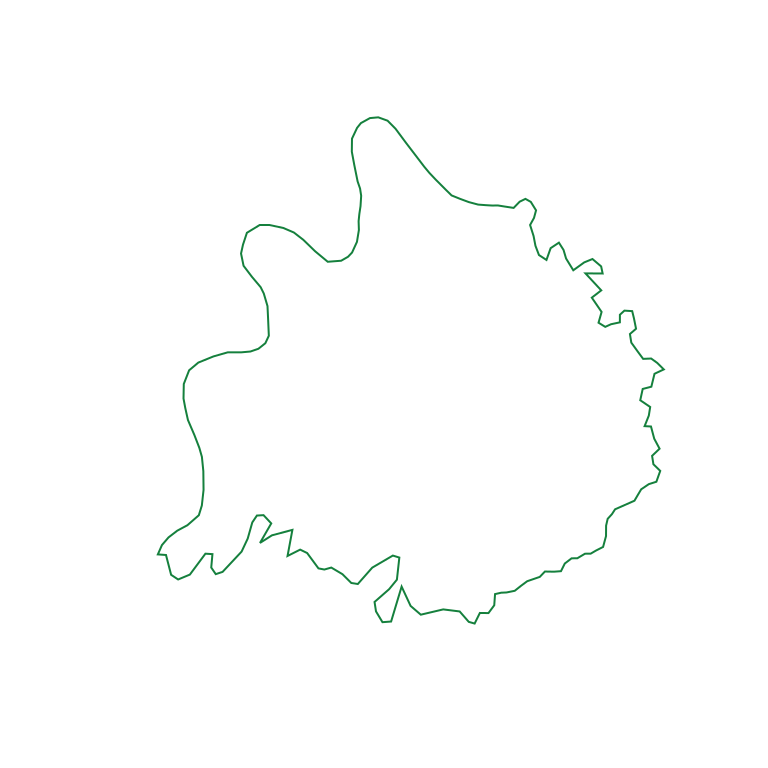 outline of Derrubadas, Rio Grande do Sul, Brazil, rotated 341°
{"feature_id": "56859067B9967974442205", "entity_name": "Derrubadas", "entity_type": "district", "adm_level": 2, "iso_a3": "BRA", "parent_name": "Brazil", "parent_adm1": "Rio Grande do Sul", "projection": "equal_earth", "projection_center": [-53.889, -27.229], "detail": "fine", "context": "isolated", "style": "outline", "palette": "green", "viewbox_px": 768, "rotation_deg": 341, "n_neighbors": 0, "source": "geoboundaries", "source_scale": "gbopen_adm2", "svg_char_len": 2590}
<svg xmlns="http://www.w3.org/2000/svg" viewBox="0 0 768 768"><g transform="rotate(341 384 384)"><path d="M516.2,233.7L509.3,227.7L505.8,220.7L499.4,207.5L495.6,199.1L492.8,191.7L483.3,163.1L478.0,146.4L473.1,136.2L465.4,130.0L457.3,128.0L447.1,129.8L442.0,133.0L433.6,141.6L429.2,153.9L427.2,167.3L425.0,183.9L425.0,191.4L423.7,198.6L419.7,208.2L416.0,215.3L413.0,221.8L410.4,230.2L404.7,240.8L396.6,249.3L391.4,252.0L383.6,253.5L370.6,250.1L362.1,236.1L354.7,221.5L348.1,211.4L339.6,203.7L327.5,196.4L318.2,193.2L303.6,196.4L296.0,206.4L291.3,214.1L289.7,226.5L294.0,239.6L298.9,252.3L299.8,259.3L299.2,272.4L295.7,284.4L290.8,300.9L285.1,306.8L276.7,309.8L268.3,309.8L259.4,307.6L246.7,303.2L231.7,302.4L215.4,303.3L204.2,307.6L194.7,318.8L189.7,332.5L188.3,341.9L186.9,354.2L188.1,370.5L188.6,384.3L188.1,393.6L184.8,407.6L178.9,425.4L172.2,439.6L166.2,447.8L152.2,453.5L140.7,455.4L130.3,458.9L121.6,464.0L114.7,471.5L122.2,474.7L120.6,495.1L125.7,501.8L138.4,501.0L159.9,486.3L166.4,489.0L160.9,501.3L163.0,509.0L170.2,509.1L194.8,496.1L204.8,485.8L214.4,472.0L221.0,467.0L227.4,468.8L232.0,479.1L215.0,493.9L228.8,490.6L249.9,492.1L236.8,515.2L250.8,513.3L256.3,518.8L262.0,537.0L267.2,540.0L274.4,540.4L282.8,550.3L288.3,561.5L294.1,564.6L313.1,553.8L336.5,549.1L342.0,553.1L332.5,573.2L322.0,579.7L304.1,587.0L302.4,596.4L305.0,608.7L313.4,610.9L334.7,581.3L336.9,602.5L343.7,614.1L366.6,616.4L381.5,623.7L386.7,636.5L391.7,640.0L400.1,631.7L408.2,634.6L416.2,629.1L420.6,618.8L426.9,619.5L432.0,621.0L440.3,622.1L447.9,619.4L455.2,617.1L461.8,617.1L468.5,617.1L475.1,613.7L483.6,616.8L490.4,618.6L496.5,612.6L504.6,609.9L510.1,611.7L518.8,609.9L524.2,611.7L530.2,610.5L538.1,609.4L544.4,600.1L547.9,590.2L551.6,584.3L557.1,581.3L561.7,577.7L582.8,575.9L587.7,571.7L592.9,567.3L601.8,564.9L609.7,565.1L616.9,556.1L612.6,547.6L614.1,539.2L623.5,534.9L621.7,523.7L622.6,511.1L616.7,508.7L624.1,500.1L628.2,492.4L621.0,482.8L627.0,472.9L635.9,473.6L643.1,462.4L653.3,461.3L649.2,453.0L644.9,446.9L637.2,444.6L634.5,436.0L631.3,425.4L632.8,416.8L640.3,413.8L641.7,403.4L642.4,395.9L635.2,392.9L629.6,395.3L627.1,402.5L618.1,401.4L611.8,402.0L606.8,395.9L613.2,386.7L608.6,370.0L619.9,366.2L610.5,345.0L626.7,350.7L627.6,343.5L621.8,333.7L612.9,334.2L600.0,338.1L597.0,324.6L597.4,315.7L595.4,307.3L585.8,309.8L578.0,319.6L572.5,312.5L572.2,302.6L573.6,292.8L573.9,281.2L579.9,275.8L584.3,269.3L582.1,259.6L578.0,255.0L571.6,255.8L563.9,259.7L555.7,255.4L549.9,252.3L544.2,250.4L538.6,248.1L531.4,245.0L523.4,239.6L516.2,233.7Z" fill="none" stroke="#15803d" stroke-width="2"/></g></svg>